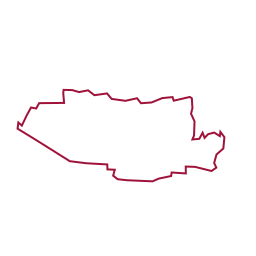 the district of Hawkins, Tennessee, United States of America, rotated 212°
{"feature_id": "52423323B16359627496109", "entity_name": "Hawkins", "entity_type": "district", "adm_level": 2, "iso_a3": "USA", "parent_name": "United States of America", "parent_adm1": "Tennessee", "projection": "robinson", "projection_center": [-82.986, 36.418], "detail": "fine", "context": "isolated", "style": "outline", "palette": "rose", "viewbox_px": 256, "rotation_deg": 212, "n_neighbors": 0, "source": "geoboundaries", "source_scale": "gbopen_adm2", "svg_char_len": 853}
<svg xmlns="http://www.w3.org/2000/svg" viewBox="0 0 256 256"><g transform="rotate(212 128 128)"><path d="M34.4,135.8L32.1,141.2L36.4,144.0L38.9,152.4L36.3,161.2L41.4,171.3L47.6,173.7L45.8,169.8L52.5,169.8L56.8,165.2L57.8,160.2L62.2,163.5L61.8,156.6L67.3,152.4L68.0,156.6L75.1,168.9L82.1,173.5L83.9,179.0L89.6,187.0L92.0,187.1L103.7,175.4L106.6,177.8L114.8,171.5L121.6,162.1L130.1,155.9L136.1,158.0L144.6,149.7L157.3,144.0L164.1,146.2L173.9,138.0L181.8,138.8L188.6,132.5L195.4,130.6L202.8,126.2L201.5,123.4L195.5,115.4L216.5,102.0L216.2,95.9L221.1,94.0L220.6,85.2L219.3,73.8L223.9,74.6L221.3,68.9L201.7,69.1L197.2,69.1L159.8,69.0L144.9,75.9L126.3,86.1L123.5,82.0L117.1,85.6L115.3,79.7L109.6,79.1L101.3,83.1L78.9,95.8L75.1,101.4L66.0,110.1L67.4,113.4L54.9,120.1L58.6,125.9L50.5,130.6L34.4,135.8Z" fill="none" stroke="#9f1239" stroke-width="2"/></g></svg>